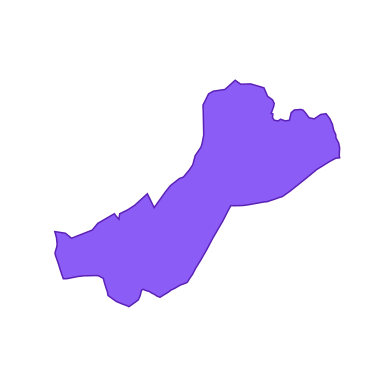 Al-Shamiya, Al-Qādisiyyah, Iraq, rotated 236°
{"feature_id": "34846034B85923649366484", "entity_name": "Al-Shamiya", "entity_type": "district", "adm_level": 2, "iso_a3": "IRQ", "parent_name": "Iraq", "parent_adm1": "Al-Qādisiyyah", "projection": "orthographic", "projection_center": [44.634, 31.867], "detail": "fine", "context": "isolated", "style": "filled", "palette": "violet", "viewbox_px": 384, "rotation_deg": 236, "n_neighbors": 0, "source": "geoboundaries", "source_scale": "gbopen_adm2", "svg_char_len": 1843}
<svg xmlns="http://www.w3.org/2000/svg" viewBox="0 0 384 384"><g transform="rotate(236 192 192)"><path d="M235.9,56.1L234.4,55.6L230.0,54.1L226.2,52.1L224.0,50.9L221.7,48.7L218.4,44.6L217.0,43.8L214.8,43.1L209.8,41.8L206.5,40.9L201.6,39.4L196.8,38.0L192.0,36.8L190.0,40.0L187.4,46.2L185.7,50.2L183.2,55.1L176.6,65.4L174.9,67.6L170.7,69.8L169.8,70.1L165.8,68.7L160.9,67.2L156.8,66.1L154.1,64.9L153.2,64.5L148.8,66.1L143.4,68.1L138.1,71.6L133.4,75.0L132.2,75.6L132.4,84.3L132.6,87.2L135.0,91.0L138.8,95.2L138.6,97.2L136.9,98.1L133.0,101.2L130.7,102.1L128.4,103.5L125.6,104.6L122.6,106.6L122.5,110.8L122.2,115.9L122.4,120.0L121.8,123.7L121.4,130.2L119.9,136.2L119.9,138.0L121.4,141.1L123.5,146.5L126.7,152.3L130.6,161.0L136.3,172.6L141.8,182.8L148.8,197.3L150.5,200.9L155.9,210.7L159.0,216.5L156.3,220.4L155.4,221.8L152.7,226.0L150.3,230.7L148.2,235.4L143.8,245.4L141.9,249.0L139.4,258.1L138.5,261.9L137.7,264.1L137.7,265.3L137.9,273.9L139.6,294.7L140.9,308.0L140.5,318.1L140.3,323.6L139.6,330.1L137.9,333.2L137.8,333.6L138.1,333.7L139.8,334.4L146.1,339.1L150.6,341.0L156.3,341.6L159.3,343.3L163.9,344.0L169.8,346.3L175.8,347.2L182.0,346.9L184.3,342.0L184.3,334.2L188.1,330.6L194.1,330.3L197.7,329.9L199.6,328.4L202.8,322.7L202.3,318.6L197.0,312.9L198.8,309.1L202.8,306.1L202.8,303.1L205.5,300.3L208.6,300.3L211.5,302.7L212.9,301.6L217.3,307.6L219.5,309.7L223.3,310.3L229.1,308.2L238.1,309.9L248.8,301.1L254.2,292.6L260.5,290.3L258.6,276.6L263.7,266.0L264.1,260.7L257.9,249.7L252.6,246.4L232.6,233.5L226.4,227.3L225.6,226.3L224.1,224.4L220.4,215.0L214.1,207.8L211.8,202.1L209.2,193.2L210.2,189.1L209.4,177.8L207.1,170.4L200.2,151.9L215.5,154.0L213.0,136.8L213.2,128.4L214.4,119.9L210.3,116.1L214.6,115.6L217.4,115.5L218.7,96.4L216.2,88.0L221.1,66.2L228.6,64.0L235.3,56.8L235.9,56.1Z" fill="#8b5cf6" stroke="#5b21b6" stroke-width="1.5"/></g></svg>